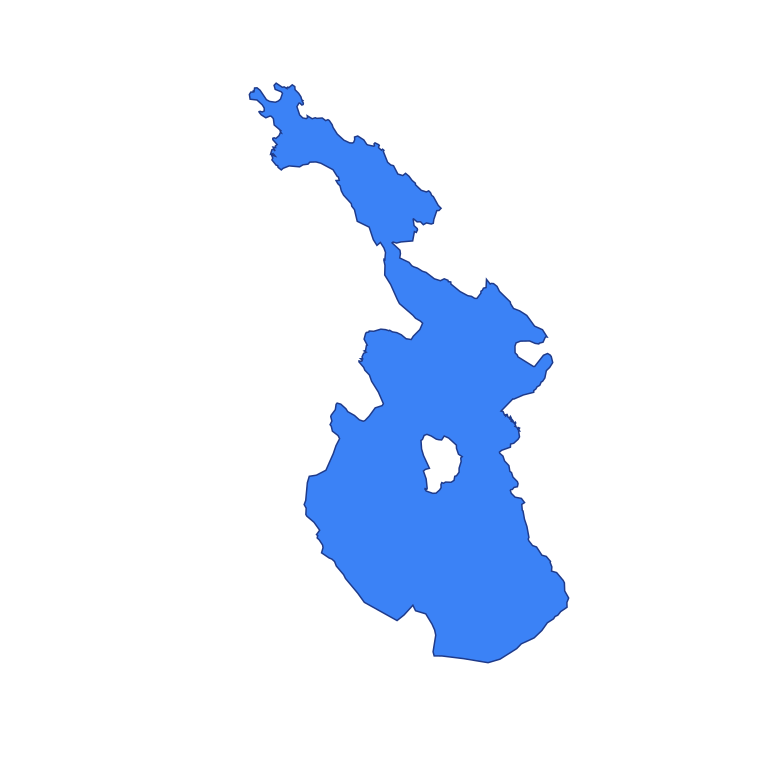 Bukoba, Kagera, United Republic of Tanzania (Natural Earth projection), rotated 306°
{"feature_id": "72390352B68293795880239", "entity_name": "Bukoba", "entity_type": "district", "adm_level": 2, "iso_a3": "TZA", "parent_name": "United Republic of Tanzania", "parent_adm1": "Kagera", "projection": "natural_earth1", "projection_center": [31.68, -1.353], "detail": "fine", "context": "isolated", "style": "filled", "palette": "blue", "viewbox_px": 768, "rotation_deg": 306, "n_neighbors": 0, "source": "geoboundaries", "source_scale": "gbopen_adm2", "svg_char_len": 6172}
<svg xmlns="http://www.w3.org/2000/svg" viewBox="0 0 768 768"><g transform="rotate(306 384 384)"><path d="M458.1,349.3L456.6,367.1L455.7,370.9L456.3,376.4L455.9,379.5L449.1,381.0L439.8,379.6L436.0,379.9L433.6,375.3L434.0,369.1L433.1,364.2L431.1,360.1L430.8,357.0L430.0,356.6L428.9,353.3L426.5,349.2L420.6,344.7L418.2,340.9L417.0,341.1L415.4,339.5L414.2,339.4L408.6,341.5L405.6,347.6L404.9,347.1L400.4,349.3L399.1,348.5L399.3,350.9L396.8,349.5L393.0,350.3L391.9,351.9L390.7,350.3L390.5,352.4L389.9,352.7L388.8,352.1L388.0,350.2L387.2,350.7L385.5,357.8L383.9,360.4L382.7,366.9L378.9,372.4L374.2,384.1L367.7,395.1L365.4,395.2L359.5,390.9L349.2,390.9L343.3,390.1L341.7,389.1L340.5,385.2L341.2,378.6L340.3,370.9L341.6,367.7L342.3,360.9L341.0,357.3L339.4,357.2L334.6,359.7L327.8,359.6L326.3,360.1L323.4,363.6L319.4,364.3L318.8,366.2L315.5,370.0L315.3,377.1L313.7,380.2L305.9,381.4L297.8,383.9L280.1,387.7L270.5,382.9L265.4,377.8L259.1,380.0L243.8,389.1L239.5,390.3L237.8,394.0L232.5,397.5L231.7,399.3L231.0,408.6L227.9,417.9L222.5,417.9L222.4,419.5L220.2,420.4L219.8,423.3L217.6,429.0L215.7,430.9L210.7,432.7L211.0,441.9L211.7,444.8L211.3,448.4L208.7,452.4L206.0,463.4L204.0,467.2L199.3,485.8L195.8,496.4L200.3,533.6L209.0,536.0L222.0,537.4L219.1,542.8L222.6,552.9L218.0,563.9L214.8,569.5L211.2,573.5L196.2,581.1L193.5,584.4L198.0,590.7L208.6,609.8L219.7,632.0L229.6,639.6L247.9,646.9L254.5,647.8L266.9,654.7L277.4,656.6L286.8,656.5L293.7,659.2L296.4,659.0L299.1,660.5L303.7,660.7L311.0,663.3L314.7,660.4L319.4,659.2L322.8,651.8L329.2,646.8L330.4,644.4L332.9,634.5L331.1,629.5L334.7,627.3L337.3,623.3L338.3,623.0L339.9,616.6L338.3,612.4L341.8,603.2L340.6,599.1L342.3,593.3L343.3,591.8L345.1,591.4L352.7,583.4L357.2,577.1L363.0,571.1L363.1,570.1L367.6,566.2L370.7,567.4L372.2,562.4L369.5,556.6L370.4,551.1L372.2,548.7L373.1,548.7L374.1,549.8L376.8,550.0L379.3,552.3L382.1,551.1L383.4,549.3L384.5,543.0L387.3,539.2L387.3,537.2L391.4,533.0L392.6,526.8L395.6,522.6L396.0,518.3L396.8,517.4L399.6,518.2L407.2,523.4L409.8,521.7L412.3,523.8L418.1,525.0L420.9,524.7L425.1,520.5L425.7,521.3L426.2,519.9L428.0,519.6L427.8,518.5L426.2,518.6L427.1,516.8L426.7,514.8L427.8,514.9L428.6,513.5L429.9,513.5L430.3,512.6L428.8,512.4L429.7,510.4L428.8,510.1L428.7,508.5L429.6,508.3L430.3,509.2L430.7,507.8L429.9,506.9L431.4,506.7L432.1,505.3L430.1,505.5L430.2,503.5L431.4,502.0L429.9,501.4L431.2,501.0L429.7,499.8L431.7,496.5L430.9,494.6L447.7,497.0L448.1,497.9L457.1,503.2L465.3,510.0L466.8,509.0L469.1,509.8L471.7,509.5L474.5,510.8L478.1,510.0L479.3,510.7L483.4,510.6L490.2,507.5L494.9,508.3L500.5,507.9L504.5,503.2L505.1,501.4L504.8,498.4L501.0,496.1L486.8,495.6L486.0,494.6L484.7,476.4L485.8,474.8L486.3,471.7L491.6,467.7L494.9,466.7L498.9,469.2L504.4,476.5L505.7,482.4L507.4,485.7L508.4,485.7L511.3,488.1L516.1,487.1L517.4,487.2L517.9,488.3L521.1,480.3L519.3,471.8L523.4,459.2L522.9,450.7L521.2,444.4L523.3,439.3L524.6,437.9L526.8,423.0L529.4,418.1L529.6,413.6L528.4,411.6L527.3,411.1L528.9,405.4L522.0,409.9L520.0,408.1L517.7,408.5L516.0,407.9L514.5,409.0L507.9,408.9L506.6,407.1L506.3,403.2L504.7,399.9L503.5,391.2L504.2,379.4L505.8,378.0L504.6,375.9L505.5,374.8L504.5,370.9L500.7,368.9L498.7,362.9L499.0,352.5L497.8,348.8L497.4,342.9L496.2,338.9L496.0,336.9L497.1,332.8L495.2,322.6L499.1,320.7L501.6,318.3L502.9,307.6L504.2,307.9L505.4,311.3L508.9,314.2L516.6,323.1L525.2,319.0L525.6,321.0L528.4,320.5L529.3,319.5L529.8,315.2L534.5,310.7L535.0,310.9L534.6,315.4L536.7,318.2L536.0,322.2L539.3,323.7L541.2,328.2L543.0,329.4L546.4,327.6L555.3,324.8L556.7,326.5L559.7,326.9L560.4,322.8L564.6,313.8L564.6,311.8L566.2,309.0L566.5,306.6L564.3,305.4L562.6,300.3L563.7,292.4L564.9,291.3L565.2,287.1L566.8,282.0L567.1,277.6L563.7,276.7L562.0,271.8L566.2,263.4L565.2,260.7L565.5,256.6L571.7,246.8L573.0,246.6L573.1,244.8L571.7,244.6L571.9,241.4L572.4,240.3L574.2,240.0L574.5,239.1L573.8,235.0L572.4,234.8L571.1,236.3L570.3,235.8L568.0,230.7L567.7,229.3L569.6,224.2L569.2,217.0L566.5,215.0L564.4,216.7L561.7,217.4L560.5,216.9L558.9,214.5L557.7,208.3L558.7,199.3L561.6,192.0L563.3,189.6L565.0,184.9L564.9,183.3L562.8,182.0L562.9,177.7L559.4,173.5L559.0,171.9L556.4,170.0L555.9,164.2L554.6,165.6L553.0,165.1L551.5,161.9L552.1,157.6L557.2,150.5L561.3,150.1L561.8,150.8L561.4,153.6L562.6,154.3L563.8,153.7L564.7,151.7L565.6,151.9L565.6,150.4L567.5,148.0L569.0,144.1L569.8,139.1L572.2,137.0L572.1,133.9L567.7,132.8L567.7,131.7L566.7,131.3L566.0,131.8L565.7,128.6L564.3,127.4L564.0,119.9L561.0,119.5L558.4,122.8L560.0,129.0L559.5,131.0L553.7,132.8L550.9,132.2L548.1,130.5L545.4,125.4L544.9,121.8L548.8,111.1L549.0,107.2L547.4,105.3L544.3,106.9L544.2,106.0L543.3,106.5L541.9,104.7L539.1,104.9L535.7,108.3L539.1,114.3L538.3,121.4L536.9,124.8L534.6,126.6L532.5,125.6L531.8,123.5L530.9,122.8L530.4,123.4L529.6,126.5L529.9,131.9L533.8,134.3L534.3,135.4L533.7,138.5L529.0,142.9L528.3,151.6L527.6,151.3L526.7,153.4L526.4,152.4L523.2,153.1L519.1,152.2L518.6,150.4L517.4,149.6L516.3,150.5L514.9,156.8L512.7,156.2L511.6,157.3L510.4,155.0L508.5,159.0L508.9,156.4L507.6,155.6L503.2,157.2L504.7,158.5L504.0,158.6L504.3,160.9L504.8,160.6L504.4,162.1L503.1,158.4L501.4,161.2L499.4,161.6L497.6,168.2L498.2,169.6L497.0,171.0L496.8,175.1L499.2,175.6L504.7,179.1L510.1,188.1L513.7,189.6L517.2,193.3L519.9,193.6L523.7,198.5L525.5,203.2L527.4,216.8L524.5,224.0L524.6,225.5L522.5,228.1L520.4,225.6L518.9,229.0L518.5,231.9L515.1,236.0L513.0,240.3L510.7,251.5L508.9,253.4L507.7,257.6L499.9,266.7L502.2,279.8L494.5,290.5L492.0,296.8L496.4,297.9L494.0,304.0L491.3,307.9L484.9,311.7L484.9,310.7L484.1,311.1L480.5,315.1L472.6,320.5L468.4,330.9L460.2,345.1L458.1,349.3ZM366.0,446.7L368.5,448.3L369.7,452.8L370.1,458.7L371.1,461.0L372.6,463.5L377.3,463.3L378.3,468.0L377.1,478.5L374.6,480.4L371.0,485.5L371.2,490.0L369.2,489.6L366.6,492.0L360.1,494.2L356.7,496.6L352.4,496.6L350.9,495.5L347.2,497.3L343.9,496.0L340.8,491.4L338.6,490.4L338.2,488.7L336.1,489.2L333.7,491.1L331.1,491.3L326.3,490.3L324.2,487.7L322.2,481.1L323.1,478.8L323.6,478.7L324.0,480.5L324.9,480.3L332.0,473.9L336.8,467.0L339.3,467.7L342.5,470.3L349.3,458.1L353.5,452.6L360.1,447.1L361.7,447.7L366.0,446.7Z" fill="#3b82f6" stroke="#1e3a8a" stroke-width="1.5"/></g></svg>